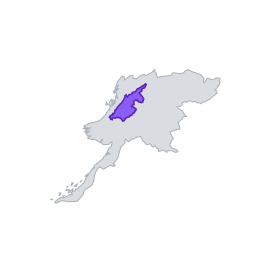 where Magway sits in Myanmar, rotated 57°
{"feature_id": "MMR-3276", "entity_name": "Magway", "entity_type": "Division", "adm_level": 1, "iso_a3": "MMR", "parent_name": "Myanmar", "parent_adm1": "", "projection": "albers", "projection_center": [94.956, 20.535], "detail": "medium", "context": "in_parent", "style": "filled", "palette": "violet", "viewbox_px": 256, "rotation_deg": 57, "n_neighbors": 0, "source": "natural_earth", "source_scale": "10m", "svg_char_len": 5469}
<svg xmlns="http://www.w3.org/2000/svg" viewBox="0 0 256 256"><g transform="rotate(57 128 128)"><path d="M164.5,115.0L162.1,113.9L160.3,115.0L157.5,114.7L157.9,117.1L156.4,117.9L153.6,117.8L152.0,121.5L146.3,122.5L142.5,121.9L140.5,125.2L140.4,128.9L139.4,131.1L139.9,135.0L137.5,136.0L135.9,135.8L136.8,137.6L138.7,138.3L140.0,142.3L139.6,143.9L147.6,152.9L150.2,160.1L152.0,159.1L152.6,159.8L151.9,161.7L149.5,163.2L149.3,170.9L145.4,172.8L145.5,175.3L146.1,177.1L149.7,182.1L153.7,185.5L156.1,189.1L156.6,194.5L156.1,196.8L157.3,200.0L159.4,202.0L161.9,210.5L157.4,218.1L152.7,223.1L152.2,228.4L150.7,230.1L149.9,228.5L149.4,223.0L151.7,219.6L152.3,212.8L153.7,211.4L152.9,210.7L151.1,211.2L151.6,205.8L150.6,205.6L151.4,204.5L150.1,195.4L146.3,189.2L145.7,186.4L145.3,190.1L144.8,189.4L144.6,184.4L142.4,179.0L142.6,178.5L143.6,179.0L142.7,177.7L142.0,178.0L141.3,176.7L140.0,165.4L138.6,163.8L139.1,158.9L140.1,157.6L136.3,158.2L134.5,154.1L134.3,151.8L130.5,148.4L131.2,149.5L130.6,150.6L131.2,152.6L129.7,156.2L128.2,157.8L126.1,158.5L124.5,157.5L124.1,155.6L123.5,155.6L125.0,159.2L119.0,162.3L118.1,164.5L114.9,167.3L114.0,166.9L114.5,163.1L112.6,166.2L110.1,166.3L109.6,162.2L108.5,164.5L107.1,165.3L107.5,158.5L107.1,160.5L104.7,163.2L102.3,164.0L102.9,158.4L106.0,149.6L106.3,146.7L104.6,139.6L101.9,133.6L102.7,133.5L100.8,131.8L100.6,127.4L99.5,129.0L99.3,131.7L97.0,130.3L94.8,126.4L95.7,126.1L98.3,127.9L99.7,126.9L100.1,125.7L96.1,121.9L97.1,120.3L95.8,120.4L92.3,118.5L91.3,118.8L91.7,120.5L91.0,120.9L89.7,118.4L90.7,117.3L89.8,117.2L90.4,115.1L90.1,114.7L88.4,117.6L87.5,116.9L88.5,115.5L88.1,114.6L86.7,112.9L86.8,115.9L83.2,111.2L81.2,104.7L82.8,103.0L85.6,105.0L85.5,97.0L86.7,95.4L89.5,96.8L90.4,94.8L91.5,94.3L90.8,88.8L91.7,85.3L93.7,84.7L94.1,81.9L94.4,78.1L93.5,73.8L95.2,74.8L97.2,74.4L101.7,75.9L103.4,71.0L107.7,62.8L106.1,61.0L106.4,59.8L110.1,55.6L112.0,51.8L111.2,48.3L112.0,45.5L115.3,43.8L122.6,38.1L128.0,37.3L130.3,39.5L131.8,39.6L129.5,34.4L134.0,30.4L133.8,27.3L135.9,24.1L137.1,24.2L138.3,25.7L139.4,25.7L141.6,28.0L143.7,34.6L145.2,33.4L147.2,34.3L148.3,44.0L147.9,49.7L146.7,51.0L147.7,53.3L145.8,54.2L144.5,56.5L142.6,56.7L141.3,59.8L139.4,60.3L138.3,62.8L138.6,64.6L137.0,65.7L136.6,68.9L138.0,70.1L138.4,71.8L137.0,75.4L138.3,75.5L143.6,73.0L147.4,73.4L150.0,72.7L148.4,75.2L150.1,78.3L150.5,83.1L156.3,84.4L157.2,85.6L156.0,87.1L154.2,95.0L161.8,95.9L162.1,98.9L163.8,99.9L164.1,101.6L165.1,102.1L169.2,101.9L171.5,99.7L174.5,98.7L174.8,100.5L174.1,101.7L170.8,103.6L168.6,107.3L168.5,108.1L169.6,108.7L165.7,110.3L164.5,115.0ZM97.1,124.3L99.6,125.8L99.1,126.9L97.5,126.9L96.4,125.0L97.1,124.3ZM147.3,200.9L148.9,203.1L147.4,204.7L147.3,200.9ZM96.8,134.1L95.5,133.3L94.7,132.0L97.4,132.1L96.8,134.1ZM149.8,210.5L149.9,213.5L148.9,213.2L148.2,210.7L149.8,210.5ZM106.0,164.0L104.3,165.9L104.1,164.3L106.4,161.9L106.0,164.0ZM138.5,161.2L137.5,160.6L137.3,158.9L138.1,158.4L138.7,159.2L138.5,161.2ZM146.5,214.2L146.3,213.2L147.3,210.8L147.2,212.9L146.5,214.2ZM146.0,219.7L147.5,221.9L147.3,222.4L145.9,220.7L145.1,220.8L146.0,219.7ZM150.7,208.8L149.2,209.5L149.1,207.4L150.7,208.8ZM147.6,230.0L145.7,231.9L146.0,230.9L147.6,230.0ZM89.2,118.8L89.9,121.2L88.7,118.3L89.2,118.8ZM147.2,196.2L147.2,198.0L146.6,195.1L147.2,196.2ZM94.8,120.5L95.0,122.1L94.0,119.9L94.8,120.5ZM145.4,206.8L144.3,205.9L144.7,205.2L145.3,205.4L145.4,206.8ZM144.6,204.1L143.9,205.4L143.2,204.7L143.8,204.1L144.6,204.1ZM144.9,211.4L145.0,212.5L144.1,210.0L144.9,211.4ZM108.6,166.2L107.8,166.2L108.9,165.0L109.0,165.4L108.6,166.2ZM150.2,219.9L149.5,219.7L150.0,218.5L150.2,219.9Z" fill="#d9dde1" stroke="#a8b0b8" stroke-width="1"/><path d="M109.0,137.8L108.2,136.6L108.3,135.8L108.0,134.8L108.5,134.0L107.7,133.0L108.6,132.7L107.7,131.3L107.3,130.3L106.8,129.8L106.0,129.3L105.8,128.4L105.9,128.0L106.0,128.0L106.0,127.7L104.7,125.6L104.0,122.4L103.6,121.3L103.8,120.1L103.0,119.2L102.9,118.1L102.4,117.5L101.8,116.2L100.3,113.6L99.2,112.9L99.2,111.5L100.0,112.0L100.4,112.1L101.7,111.6L101.2,110.9L100.6,109.1L100.7,108.6L101.5,107.2L101.5,106.2L101.4,105.8L100.5,105.2L100.9,104.6L101.0,103.3L101.6,101.7L100.5,99.7L100.3,98.9L100.5,97.8L100.9,97.5L100.5,96.4L100.8,95.4L100.5,93.4L100.8,92.8L100.6,92.5L100.7,92.1L100.6,90.5L100.4,89.4L101.0,89.3L101.4,89.0L101.5,89.0L101.9,89.9L102.6,90.7L103.3,92.2L103.4,92.6L102.8,93.9L103.0,95.3L103.2,95.8L103.9,95.7L104.1,96.1L104.5,96.3L104.6,97.1L104.4,98.9L104.5,99.2L105.4,99.6L106.5,99.0L107.4,99.1L109.1,98.9L111.2,99.1L111.5,98.9L112.0,98.9L112.3,99.0L113.2,100.2L113.3,100.8L114.3,101.4L114.1,102.2L114.1,103.0L113.6,103.2L112.2,104.7L111.5,104.8L110.9,104.7L110.4,105.5L109.1,105.7L108.8,105.9L108.6,106.6L108.8,108.7L109.7,109.4L110.7,109.5L111.6,110.1L111.3,111.0L111.5,111.8L111.4,112.6L111.8,113.4L112.0,113.4L112.2,112.7L112.8,112.2L113.7,112.1L114.4,111.6L115.3,111.3L115.8,110.9L117.1,111.0L117.2,111.3L117.3,112.2L118.4,114.1L118.7,115.2L118.4,115.6L118.6,116.3L119.1,117.6L119.4,117.9L118.9,118.9L119.0,119.3L118.8,119.7L119.0,119.9L119.3,121.3L119.0,121.5L118.8,122.1L118.9,122.6L118.4,123.8L118.5,124.9L119.2,125.4L119.4,126.4L119.7,127.0L119.7,127.9L119.5,128.2L119.4,128.7L118.5,128.6L116.3,128.8L115.3,129.2L114.7,129.9L114.0,130.0L113.7,131.0L112.7,131.8L113.0,132.8L112.9,133.2L112.4,133.8L111.8,134.0L111.6,134.4L111.4,135.7L112.3,136.6L111.9,136.7L111.6,137.6L111.4,137.8L110.8,137.7L110.3,137.2L110.0,137.1L109.0,137.8Z" fill="#8b5cf6" stroke="#5b21b6" stroke-width="1.5"/></g></svg>